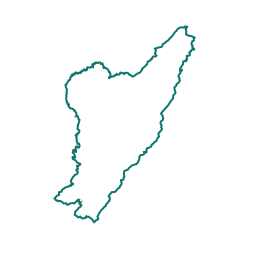 outline of Mwala, Eastern, Kenya, rotated 71°
{"feature_id": "3690345B72054376783235", "entity_name": "Mwala", "entity_type": "district", "adm_level": 2, "iso_a3": "KEN", "parent_name": "Kenya", "parent_adm1": "Eastern", "projection": "mercator", "projection_center": [37.528, -1.401], "detail": "fine", "context": "isolated", "style": "outline", "palette": "teal", "viewbox_px": 256, "rotation_deg": 71, "n_neighbors": 0, "source": "geoboundaries", "source_scale": "gbopen_adm2", "svg_char_len": 5765}
<svg xmlns="http://www.w3.org/2000/svg" viewBox="0 0 256 256"><g transform="rotate(71 128 128)"><path d="M55.7,137.9L56.3,137.7L56.5,138.4L56.2,139.6L57.1,140.2L56.2,140.6L56.2,141.0L56.6,141.1L57.9,140.8L58.9,141.2L58.3,141.8L58.6,142.7L58.3,143.2L58.5,143.7L58.2,145.3L57.4,146.6L58.1,147.5L59.4,147.6L59.8,148.1L59.8,149.5L59.3,149.6L59.2,150.5L58.3,150.3L58.2,150.7L59.1,151.5L59.3,152.4L58.9,152.9L59.6,153.5L59.5,154.2L60.3,154.6L59.9,155.3L60.3,155.6L60.0,156.5L60.1,156.8L59.6,157.3L60.2,158.0L60.1,158.3L58.6,159.1L58.5,159.5L59.0,159.9L58.8,160.6L59.0,160.8L59.9,161.0L59.7,161.4L59.8,162.3L59.5,162.5L60.1,162.9L60.1,163.2L59.4,163.6L59.4,163.9L59.7,164.2L60.6,163.8L61.0,165.4L62.0,166.4L63.4,166.9L63.8,167.9L63.6,168.7L64.8,169.8L65.9,171.6L66.9,172.1L66.7,172.9L67.0,173.1L69.4,173.5L71.4,173.1L74.4,174.5L75.1,174.4L75.8,175.1L76.4,175.2L77.1,175.8L77.8,175.8L79.9,176.8L82.0,177.3L83.1,177.0L83.6,177.4L84.2,176.9L85.3,177.5L86.1,177.1L86.5,176.1L86.8,176.2L87.1,176.9L87.6,177.1L88.3,177.1L89.6,176.4L90.2,176.4L90.9,175.7L91.3,174.7L92.9,173.4L94.1,173.3L94.3,172.6L95.0,172.7L96.8,172.0L98.2,172.4L98.9,172.3L99.4,172.5L100.0,173.3L100.4,171.8L100.7,171.6L101.8,171.6L102.9,172.0L104.5,171.2L107.5,173.1L109.0,174.6L109.8,174.5L111.7,175.9L112.9,175.9L114.4,174.8L115.8,175.3L116.5,176.1L116.5,177.5L117.7,177.8L117.4,179.2L118.0,179.9L119.4,179.4L120.2,180.0L121.5,179.9L123.1,180.7L125.3,180.6L126.4,180.9L126.9,179.5L129.0,179.5L130.5,180.7L130.5,181.3L128.7,182.5L128.6,183.1L129.1,183.7L133.0,184.6L133.7,185.1L133.4,185.7L131.1,186.2L130.9,186.5L131.3,187.3L132.6,187.4L133.4,188.2L135.4,187.3L138.2,187.3L138.6,187.6L138.6,188.0L137.5,189.5L137.4,189.8L137.8,190.1L139.5,190.1L140.5,189.2L140.9,188.5L144.1,187.2L145.5,186.0L146.2,184.9L146.6,184.8L147.0,185.0L146.9,186.2L147.8,187.3L147.8,187.6L147.2,188.4L147.5,188.7L150.2,188.6L150.6,189.1L150.4,190.2L150.7,190.5L151.5,190.5L152.7,189.7L153.1,189.7L154.7,190.8L155.0,191.6L155.0,193.3L156.5,196.1L157.8,197.4L158.2,198.2L159.6,199.3L160.9,199.4L163.1,198.1L163.4,198.5L162.6,199.6L164.0,200.6L164.0,201.2L163.4,201.5L164.1,203.4L163.7,204.4L163.9,206.5L164.5,208.9L165.3,210.9L166.4,211.4L166.6,211.8L166.2,213.9L166.3,214.2L168.7,214.8L169.0,217.3L170.7,220.3L171.1,220.0L172.0,220.0L173.6,219.1L173.6,218.3L174.1,217.7L174.7,217.4L174.8,216.2L175.3,215.4L176.1,214.6L178.4,213.3L179.2,210.7L180.5,210.7L181.1,209.7L180.5,207.3L180.7,206.0L181.1,204.3L181.9,203.2L179.7,199.0L179.5,198.2L180.1,197.5L181.6,198.7L182.5,198.0L183.2,198.3L183.1,197.3L184.0,198.4L184.4,198.3L185.5,197.2L185.9,197.3L187.0,198.7L187.6,200.9L188.6,202.2L189.9,205.1L190.7,205.3L192.1,206.4L192.7,206.6L195.1,204.8L196.1,204.5L196.3,204.2L196.4,203.2L196.2,202.1L198.7,200.7L198.8,199.2L199.2,198.2L199.2,197.3L198.1,196.6L197.8,196.1L198.8,195.3L199.1,194.1L202.8,191.5L204.5,191.4L205.3,190.7L206.0,190.6L204.8,188.2L204.6,186.0L203.9,185.6L202.4,185.8L201.7,185.6L201.0,184.7L200.0,183.9L198.6,182.2L197.1,180.2L195.7,177.3L194.9,176.3L194.7,174.6L193.2,173.9L192.6,172.3L190.9,169.9L190.8,169.2L190.0,168.7L188.0,168.0L187.4,167.9L186.4,168.5L185.7,168.1L183.3,164.1L184.1,161.8L183.9,160.1L183.0,159.1L181.2,154.9L180.1,154.3L179.6,153.2L178.3,152.0L175.2,151.8L175.0,151.3L175.4,150.4L175.2,149.2L174.6,148.6L173.4,148.4L172.8,147.2L170.1,146.9L167.4,145.5L167.4,141.8L166.3,140.4L165.6,138.4L164.7,136.8L164.9,134.8L164.6,133.3L164.9,131.8L164.4,131.1L163.9,129.8L162.4,128.8L161.8,127.8L160.3,127.0L159.1,126.8L158.1,125.6L157.8,124.9L158.2,123.1L157.9,121.2L157.3,120.6L155.9,120.7L156.0,120.0L157.0,118.7L156.8,118.3L155.1,117.8L153.6,117.0L153.3,116.4L153.5,115.3L153.2,112.5L152.4,111.5L151.5,111.1L150.9,108.8L150.0,107.7L149.6,105.8L148.5,104.4L147.2,103.5L146.2,101.4L144.0,101.3L143.0,100.9L140.5,96.5L140.0,96.2L138.0,96.4L136.6,95.4L135.1,95.7L133.4,95.5L132.5,94.6L131.7,92.5L130.6,91.6L127.4,91.3L125.7,92.0L125.0,92.0L123.2,89.1L120.1,83.4L115.2,76.8L114.8,75.8L111.9,74.6L110.2,71.6L105.3,71.2L104.7,70.9L103.8,68.7L102.3,67.7L101.8,65.8L100.2,63.6L99.8,63.4L98.7,63.6L97.2,63.1L96.2,63.5L95.1,63.3L93.8,61.9L93.0,60.4L92.3,60.1L91.2,60.3L91.0,60.0L91.4,59.0L91.1,58.2L90.5,58.2L90.2,59.1L89.8,59.5L89.3,59.7L88.9,59.5L85.5,55.1L84.8,54.7L83.8,54.7L83.2,54.2L83.1,53.4L83.3,52.1L83.7,51.7L83.6,51.0L83.4,50.8L82.2,50.9L82.0,50.6L82.0,49.8L81.2,49.3L79.9,49.4L79.1,49.1L78.9,48.5L79.5,46.8L79.0,45.7L78.4,45.4L76.9,45.5L76.2,45.2L76.0,44.5L76.1,43.6L75.1,42.9L74.9,42.5L74.8,41.3L75.4,40.5L75.2,39.9L74.4,39.8L73.1,40.9L72.0,40.7L71.0,40.0L69.9,40.7L69.0,40.6L67.1,39.2L66.7,37.3L66.4,37.0L65.2,36.9L64.6,36.4L64.3,35.7L63.1,36.7L61.5,38.6L60.3,40.9L59.2,41.5L59.0,42.3L58.6,42.5L57.6,42.4L55.5,41.3L52.8,41.2L52.2,39.6L51.7,39.2L51.3,40.0L50.6,40.6L51.1,42.6L50.0,45.7L50.4,48.3L50.7,49.0L52.1,50.9L52.6,52.4L55.5,56.3L57.0,59.6L58.2,61.3L58.9,64.1L59.8,66.1L60.0,67.7L62.0,69.3L62.3,70.2L61.9,72.0L61.7,76.7L63.8,76.3L66.2,78.2L67.0,78.2L68.0,77.6L68.9,77.6L69.3,78.3L69.2,79.5L68.6,80.5L68.6,81.0L69.2,82.1L70.4,82.8L70.3,83.7L70.6,84.3L71.4,84.7L71.7,87.8L73.9,89.2L75.7,92.8L76.3,94.9L76.6,95.3L77.4,95.6L79.2,98.1L79.5,99.1L79.6,101.6L80.7,105.0L80.9,106.6L80.8,107.1L78.6,108.4L78.2,109.4L77.2,109.6L75.7,110.3L75.3,112.1L74.9,112.6L75.0,113.1L75.7,114.0L74.7,114.5L74.5,115.2L73.3,116.6L73.2,117.4L74.5,118.4L74.6,119.0L74.0,120.5L73.2,121.0L73.4,121.3L74.2,121.7L74.2,122.2L73.7,122.4L73.6,122.9L74.6,124.6L74.2,125.4L74.2,127.8L74.7,129.6L74.4,129.7L73.8,129.3L73.1,127.6L71.4,127.1L69.3,127.1L68.6,128.0L67.8,127.7L65.7,128.1L65.5,128.5L64.8,128.8L64.0,129.6L63.7,130.5L63.4,130.7L63.3,131.4L63.0,131.5L62.4,130.7L60.9,131.4L59.9,131.1L58.6,131.2L58.6,132.8L57.0,133.0L56.6,134.1L56.7,135.4L55.7,136.8L55.7,137.9Z" fill="none" stroke="#0f766e" stroke-width="2"/></g></svg>